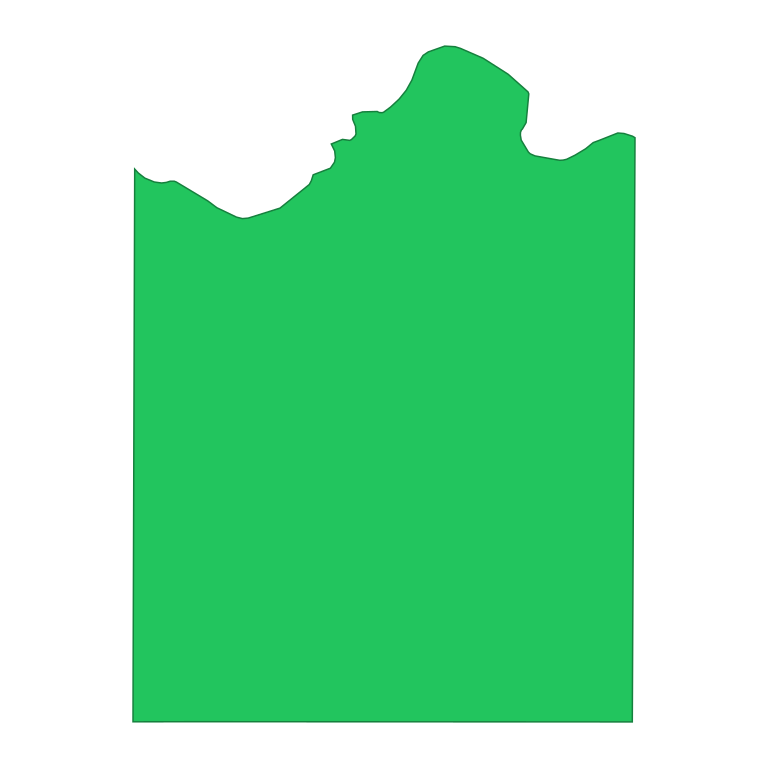 outline of Montague, Texas, United States of America
{"feature_id": "52423323B98336857110967", "entity_name": "Montague", "entity_type": "district", "adm_level": 2, "iso_a3": "USA", "parent_name": "United States of America", "parent_adm1": "Texas", "projection": "robinson", "projection_center": [-97.721, 33.713], "detail": "fine", "context": "isolated", "style": "filled", "palette": "green", "viewbox_px": 768, "rotation_deg": 0, "n_neighbors": 0, "source": "geoboundaries", "source_scale": "gbopen_adm2", "svg_char_len": 1031}
<svg xmlns="http://www.w3.org/2000/svg" viewBox="0 0 768 768"><path d="M632.3,721.9L635.0,137.7L632.5,136.2L624.0,133.5L617.8,133.0L599.4,140.3L593.2,142.6L585.6,148.8L575.0,155.2L566.6,159.3L563.1,160.1L559.8,160.3L556.8,159.8L535.0,155.9L530.2,153.8L528.4,152.1L521.2,140.1L520.4,135.2L520.5,132.3L521.4,130.0L522.4,129.0L526.1,122.6L528.8,93.9L528.0,91.9L508.2,74.3L483.2,58.3L460.5,48.4L455.1,46.7L444.7,46.1L428.3,51.9L423.1,55.4L418.2,63.1L411.9,80.1L406.3,90.2L399.2,99.0L390.5,107.1L383.5,112.3L382.0,112.7L379.1,112.5L377.2,111.5L362.5,111.9L352.6,115.1L352.7,119.4L355.5,126.3L356.0,134.0L355.1,136.0L351.5,139.5L349.8,140.4L342.5,139.4L331.3,144.0L334.7,151.0L335.4,157.7L334.5,162.2L330.4,168.2L313.2,174.8L311.3,180.8L309.3,184.5L280.0,208.1L248.2,218.1L242.4,218.6L236.4,217.1L216.8,207.7L207.9,201.0L176.3,182.0L174.2,181.2L170.2,181.2L166.4,182.4L161.6,183.0L154.3,182.0L144.8,178.1L138.3,173.0L134.7,169.1L133.1,681.4L133.0,721.8L194.7,721.7L632.3,721.9Z" fill="#22c55e" stroke="#15803d" stroke-width="1.5"/></svg>